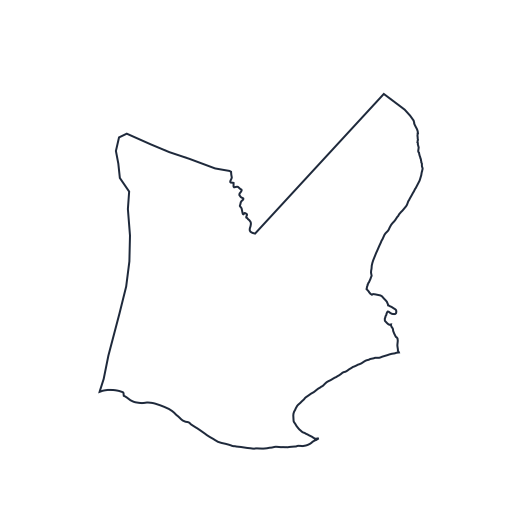 Shambuko, Gash Barka, Eritrea, rotated 195°
{"feature_id": "51966322B24942230220374", "entity_name": "Shambuko", "entity_type": "district", "adm_level": 2, "iso_a3": "ERI", "parent_name": "Eritrea", "parent_adm1": "Gash Barka", "projection": "mercator", "projection_center": [37.812, 14.923], "detail": "fine", "context": "isolated", "style": "outline", "palette": "slate", "viewbox_px": 512, "rotation_deg": 195, "n_neighbors": 0, "source": "geoboundaries", "source_scale": "gbopen_adm2", "svg_char_len": 6008}
<svg xmlns="http://www.w3.org/2000/svg" viewBox="0 0 512 512"><g transform="rotate(195 256 256)"><path d="M93.0,199.8L93.3,200.2L93.9,200.7L94.4,201.3L94.8,202.6L96.1,205.6L96.4,206.5L97.1,210.8L98.0,213.0L99.2,213.9L99.8,214.0L100.4,214.5L100.7,214.9L101.6,215.9L102.4,216.8L104.1,219.1L104.8,220.8L105.4,221.6L106.6,222.5L106.8,222.9L107.4,223.5L107.9,224.4L107.9,224.8L108.8,224.4L109.2,224.1L109.9,224.2L110.4,224.3L111.9,225.0L114.5,226.6L114.7,226.8L115.1,227.7L115.2,228.6L115.4,229.0L115.2,230.1L115.3,231.3L114.9,232.8L114.9,233.3L115.0,234.2L114.9,234.6L114.8,235.5L114.5,236.2L114.3,236.5L113.7,236.5L112.8,236.3L111.5,235.7L110.0,235.4L109.6,235.3L108.4,235.5L107.3,235.7L106.5,236.1L106.0,236.9L105.9,237.3L106.1,238.7L106.6,239.8L107.0,240.2L107.8,240.6L108.8,240.9L109.5,241.1L111.9,241.9L114.0,242.2L114.9,242.5L115.6,242.5L115.7,243.0L117.8,245.7L118.5,246.2L119.7,247.0L121.1,247.8L123.8,249.6L124.3,249.8L125.7,250.1L131.1,249.8L131.7,249.7L132.7,249.6L133.4,249.3L133.7,249.0L134.0,248.6L135.4,249.0L136.0,249.3L136.7,249.9L137.2,250.1L137.9,250.9L140.7,252.7L140.6,253.8L140.8,254.5L140.8,255.0L140.6,256.7L140.8,257.4L140.5,258.1L140.5,259.0L140.1,259.8L140.0,260.5L139.5,263.6L139.4,265.4L139.2,266.8L140.6,269.7L141.0,271.8L141.1,273.4L141.3,274.6L141.7,276.6L141.8,279.4L141.7,282.0L140.7,290.3L140.4,291.9L139.5,297.9L138.9,301.3L138.7,303.1L138.5,303.9L138.2,304.8L137.4,309.7L136.8,311.4L135.1,314.4L134.6,315.9L134.3,317.9L133.6,320.8L133.2,321.9L132.3,323.8L131.6,325.0L130.8,326.8L129.7,330.2L129.0,331.5L128.6,333.3L127.2,336.2L126.4,337.5L125.6,339.2L123.9,342.9L123.5,344.2L123.3,345.7L123.1,348.2L122.5,350.1L122.4,350.9L121.3,355.1L120.8,357.3L120.2,359.3L119.7,361.9L119.3,362.9L117.5,371.1L117.4,373.3L117.3,376.9L117.5,378.8L117.6,380.4L117.5,380.9L117.6,381.6L117.6,382.9L117.7,383.6L118.0,384.2L118.4,384.8L118.8,385.3L119.3,386.7L119.6,388.0L120.0,388.6L120.5,389.1L120.7,389.7L120.9,390.3L121.3,390.8L121.5,391.5L122.1,392.6L122.7,393.3L122.8,393.7L124.0,395.4L124.3,396.0L124.7,396.7L125.3,398.0L125.8,398.3L126.2,398.8L126.5,399.4L126.8,401.8L127.0,403.1L127.4,403.7L128.6,405.8L128.7,406.4L129.0,407.2L129.5,407.5L129.5,408.2L129.7,409.1L129.6,409.8L129.7,410.4L130.1,411.0L130.7,412.9L131.0,413.5L131.2,414.1L131.4,415.5L131.6,416.2L131.3,416.4L132.1,418.3L133.2,420.0L133.9,420.8L134.1,421.0L135.5,422.5L136.9,424.1L137.5,424.9L137.5,425.3L138.8,427.6L143.4,431.4L150.2,435.8L164.5,441.6L174.5,445.6L262.7,277.4L264.9,277.4L265.4,277.4L267.0,277.8L267.7,278.1L268.5,278.9L268.8,279.5L269.0,280.3L269.1,281.2L269.0,283.4L269.2,285.5L269.4,286.2L269.8,287.1L270.2,287.6L270.8,288.1L271.8,288.9L273.2,289.5L274.2,290.3L275.3,290.6L275.5,291.0L275.5,292.1L275.3,293.1L275.5,293.8L275.8,294.1L276.7,294.4L277.6,294.6L278.2,294.5L278.4,294.1L278.7,293.3L279.0,293.0L279.4,293.1L279.8,293.5L280.7,295.2L282.1,298.0L282.7,298.7L283.1,299.1L284.0,299.6L284.5,300.1L284.6,300.6L284.5,301.5L284.6,304.0L284.4,304.6L284.2,305.3L283.2,306.8L283.1,307.2L283.0,307.5L283.0,307.9L283.2,308.3L283.7,308.5L285.1,308.7L285.9,309.0L286.5,309.4L287.5,310.3L287.8,310.5L288.0,311.2L288.0,312.2L287.4,313.5L287.0,314.6L286.9,315.5L286.9,315.9L287.3,316.4L288.3,316.6L288.8,316.8L291.1,318.0L291.6,318.1L292.0,318.0L292.7,317.8L294.9,316.7L295.3,316.9L295.6,317.2L295.9,317.9L296.1,319.1L296.3,319.6L296.4,320.0L296.5,320.7L297.0,320.8L298.3,320.6L299.3,320.4L300.0,320.8L300.2,321.6L299.7,324.6L299.7,325.5L299.9,326.0L300.9,328.1L301.9,330.9L303.7,331.3L310.2,330.7L318.2,330.0L345.4,332.6L366.7,333.9L386.6,336.6L412.5,340.7L419.0,335.1L418.5,321.2L412.9,309.6L407.7,296.1L395.2,285.4L391.9,268.2L383.0,243.1L376.9,218.0L373.5,192.9L373.0,164.9L372.8,121.6L371.3,97.8L371.9,85.1L371.9,84.3L369.3,86.1L367.5,87.0L364.7,88.2L362.6,88.8L359.2,89.6L357.3,89.9L355.2,90.1L353.2,90.2L349.7,90.0L349.0,89.8L348.6,89.4L348.3,88.8L348.0,87.9L347.5,86.7L346.5,86.6L344.2,85.9L340.0,84.2L337.6,83.7L336.0,83.5L334.5,83.5L331.7,83.8L330.2,84.0L328.1,84.4L326.1,85.1L323.8,86.1L322.6,86.5L319.0,87.1L316.8,87.3L315.1,87.3L309.9,87.0L305.4,86.5L303.0,86.1L300.5,85.7L296.8,84.5L294.4,83.4L293.1,82.6L291.7,81.8L289.8,81.0L288.1,80.1L286.0,78.9L284.1,78.1L281.5,77.7L280.7,77.7L279.2,77.9L278.4,77.9L277.3,77.7L276.7,77.4L275.4,76.6L273.3,75.9L269.8,74.8L268.3,74.4L265.1,73.3L259.1,71.1L257.2,70.3L255.3,69.7L253.7,69.2L249.8,68.2L248.0,67.6L246.1,67.1L244.9,66.7L243.2,66.6L240.9,66.5L236.7,66.7L233.6,66.7L231.3,66.6L229.9,66.4L228.4,66.5L227.3,66.8L225.5,66.9L221.3,67.6L214.9,68.3L211.3,68.9L209.4,69.1L207.9,69.4L206.2,70.2L204.5,70.6L202.6,71.0L199.2,71.8L195.7,73.1L193.3,74.3L191.5,74.9L190.3,75.5L189.4,76.0L188.0,76.7L186.4,77.1L184.1,77.5L182.4,77.8L180.0,78.5L178.1,78.9L176.6,79.3L175.8,79.5L174.3,80.2L170.4,81.6L168.6,82.2L167.8,82.5L167.2,83.0L166.9,83.2L166.0,83.6L164.3,84.0L162.5,84.3L161.4,84.6L158.9,85.8L157.9,86.4L156.8,87.2L155.3,88.5L154.1,89.9L153.3,91.2L152.1,92.4L151.7,92.9L150.2,93.9L149.7,94.5L148.9,95.4L148.2,96.0L149.1,95.8L150.2,95.2L152.0,94.8L152.5,95.0L154.1,95.5L155.2,95.9L158.8,96.6L160.1,97.0L161.3,97.1L163.4,97.7L164.5,97.7L165.5,97.9L166.5,98.3L167.6,98.9L169.3,99.7L170.9,100.8L172.9,102.3L174.4,103.8L176.4,105.5L176.9,106.2L177.5,107.9L178.7,111.6L179.0,113.4L178.9,115.5L178.3,117.8L178.2,119.0L177.4,122.0L176.8,123.2L175.1,125.7L174.3,127.2L172.5,130.0L172.0,131.3L171.4,132.3L169.0,135.1L167.2,137.3L165.0,139.4L164.0,140.7L162.8,142.4L161.4,144.2L160.3,145.2L159.8,145.8L159.1,146.7L158.7,147.0L157.8,147.9L156.2,150.7L155.1,152.4L153.5,154.0L152.7,154.6L151.3,155.9L149.6,157.7L148.5,158.8L147.1,159.9L146.3,160.9L144.9,162.2L143.4,164.0L142.2,165.7L141.1,166.6L139.6,167.4L138.2,168.8L136.7,170.7L134.9,172.5L133.7,173.9L132.5,174.7L131.0,175.9L129.3,177.5L128.0,178.3L126.4,179.6L124.1,182.2L123.0,183.3L121.7,184.2L120.3,184.9L119.0,186.1L115.9,187.6L114.6,188.5L111.9,189.2L110.6,189.6L109.6,190.2L107.9,191.5L103.5,194.2L101.6,195.5L99.5,196.7L96.9,197.8L95.1,199.0L93.0,199.8Z" fill="none" stroke="#1e293b" stroke-width="2"/></g></svg>